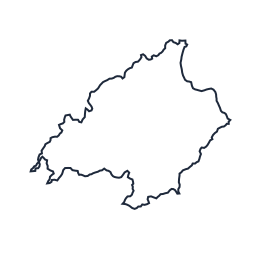 Carandaí, Minas Gerais, Brazil, rotated 172°
{"feature_id": "56859067B53353893378788", "entity_name": "Carandaí", "entity_type": "district", "adm_level": 2, "iso_a3": "BRA", "parent_name": "Brazil", "parent_adm1": "Minas Gerais", "projection": "orthographic", "projection_center": [-43.824, -20.999], "detail": "fine", "context": "isolated", "style": "outline", "palette": "slate", "viewbox_px": 256, "rotation_deg": 172, "n_neighbors": 0, "source": "geoboundaries", "source_scale": "gbopen_adm2", "svg_char_len": 3804}
<svg xmlns="http://www.w3.org/2000/svg" viewBox="0 0 256 256"><g transform="rotate(172 128 128)"><path d="M78.3,207.0L79.7,204.6L80.1,201.8L81.8,200.6L83.1,199.0L84.8,197.8L86.5,197.3L87.8,195.9L90.0,195.1L92.4,196.4L94.5,195.4L94.4,193.3L96.0,192.7L97.9,192.7L99.8,194.3L101.0,197.1L102.8,198.9L105.0,198.4L104.8,196.3L106.2,194.6L107.5,193.4L108.9,192.3L111.4,192.3L113.5,191.4L114.6,189.5L115.8,187.3L117.9,187.0L120.0,186.1L121.7,185.0L123.3,183.3L123.9,181.2L124.5,178.9L126.5,177.8L127.6,179.7L129.3,180.4L131.5,180.8L133.4,180.5L135.2,179.6L137.2,179.2L139.5,179.4L141.9,178.3L144.4,177.6L146.4,176.9L147.9,175.7L149.7,174.3L151.0,172.7L152.2,171.3L154.3,169.9L156.5,168.6L159.1,169.0L160.8,167.5L161.2,165.1L162.5,162.6L164.0,160.5L163.3,158.1L162.1,156.1L161.1,154.2L160.7,152.1L161.7,150.5L164.2,150.0L165.5,151.8L167.1,153.3L168.0,150.7L168.7,147.8L169.3,144.8L171.7,142.8L173.4,140.1L175.4,140.8L176.3,143.1L178.8,143.5L181.4,143.7L182.4,145.7L183.3,147.5L183.8,149.3L185.9,149.2L188.1,149.1L189.1,147.4L190.1,145.1L190.2,142.9L191.9,141.6L194.2,141.2L195.9,140.7L195.3,137.1L193.4,134.8L194.6,132.8L196.2,132.0L197.5,130.4L199.3,129.2L201.6,129.6L204.3,129.4L206.1,128.7L206.4,126.8L207.4,125.2L210.0,124.3L212.1,123.4L213.0,121.6L214.6,119.9L216.7,117.6L216.8,114.8L219.2,114.1L220.7,111.5L221.5,109.2L221.0,106.9L219.6,108.4L218.4,110.3L216.8,111.5L215.5,109.9L214.5,108.3L212.6,107.3L213.5,104.3L212.8,101.6L213.3,98.9L210.8,96.8L208.3,95.4L207.9,93.2L210.0,92.1L212.0,90.6L212.8,88.0L214.3,86.6L215.7,84.4L213.2,84.4L211.3,85.3L210.6,87.1L208.0,87.0L205.3,85.9L203.3,88.1L201.4,89.7L199.7,91.6L198.8,93.4L198.0,95.3L195.9,97.1L193.1,96.8L190.5,96.4L188.9,94.0L186.2,93.1L183.8,92.5L183.6,90.3L182.9,88.4L181.1,88.4L179.5,87.6L177.3,86.2L174.6,86.1L172.4,87.3L170.6,87.3L169.0,88.0L166.7,88.5L163.8,88.9L161.9,89.7L159.7,89.7L157.2,91.1L155.1,89.0L153.2,88.3L151.5,86.8L150.8,84.3L149.6,82.4L148.2,81.4L146.1,80.6L143.8,80.0L141.5,80.3L139.4,82.4L137.5,84.5L134.6,85.7L133.0,83.6L134.2,81.5L135.0,79.3L133.1,77.7L130.8,76.4L130.5,74.3L130.5,72.1L131.9,71.0L131.4,69.1L131.9,67.1L131.2,65.1L132.5,63.2L133.4,61.4L135.2,60.1L138.0,60.3L139.9,58.6L141.0,57.2L142.1,55.2L143.9,53.7L141.1,53.0L139.4,52.1L137.4,50.7L135.0,48.2L132.7,47.0L130.5,47.5L128.7,48.8L126.3,48.5L124.5,50.3L122.3,49.6L119.8,49.9L117.6,50.7L117.9,52.4L118.5,54.7L117.6,57.0L114.7,57.1L112.0,55.6L109.7,54.4L108.2,55.6L106.6,56.5L105.0,57.9L102.5,57.8L100.3,58.2L97.5,58.4L95.3,60.5L93.3,61.6L91.6,61.2L90.1,60.0L89.1,58.0L88.3,56.1L86.3,56.0L87.0,58.2L86.7,60.5L85.2,62.3L84.7,64.7L85.2,67.2L84.5,70.6L83.6,73.7L83.3,75.7L81.4,76.7L79.6,78.4L76.4,79.2L74.3,79.4L72.2,80.8L70.0,82.1L68.9,83.8L66.5,83.5L64.8,84.6L62.9,85.1L61.6,87.5L60.7,89.7L59.4,92.1L60.3,95.0L59.1,97.2L57.8,98.4L55.3,97.7L53.2,98.7L51.7,100.0L50.0,102.1L48.4,104.3L46.0,105.2L46.4,107.0L44.7,109.3L42.7,110.9L40.4,112.1L39.1,114.7L37.0,115.5L34.8,116.2L32.9,116.1L31.0,117.1L29.6,118.4L27.7,118.1L27.4,120.3L25.6,121.7L28.0,123.5L28.5,125.9L29.1,128.1L30.4,129.5L32.4,130.4L33.6,132.1L34.1,135.1L34.9,137.8L35.5,140.1L36.5,142.6L36.2,144.7L36.3,146.5L36.1,149.0L36.5,151.5L38.0,154.1L40.1,155.5L42.7,155.4L44.9,155.2L47.0,154.7L50.0,154.3L52.4,155.3L54.4,156.2L56.2,156.9L58.1,158.3L58.8,160.9L59.1,164.6L61.0,165.5L62.9,166.0L64.8,167.8L65.5,170.2L66.2,172.3L66.6,175.3L66.6,178.7L66.9,182.2L66.9,185.2L65.7,188.5L65.0,191.1L64.3,192.8L63.4,195.0L62.2,197.7L60.7,200.4L58.9,200.7L57.8,202.4L59.3,203.5L59.0,206.6L62.5,206.9L64.8,207.6L65.3,205.0L67.2,204.0L68.9,205.6L71.1,206.7L72.2,208.8L74.5,209.0L75.9,207.9L78.3,207.0ZM221.0,106.9L223.1,105.3L224.2,103.6L226.2,103.1L227.8,101.4L229.6,100.4L230.4,98.6L228.1,98.5L225.8,98.4L225.2,100.9L222.6,100.7L221.1,102.2L220.4,104.4L221.0,106.9Z" fill="none" stroke="#1e293b" stroke-width="2"/></g></svg>